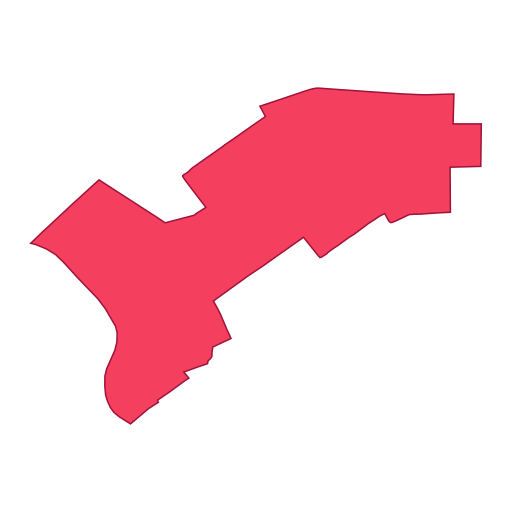 Curcani, Calarasi, Romania (Equal Earth projection)
{"feature_id": "2599482B73805615564390", "entity_name": "Curcani", "entity_type": "district", "adm_level": 2, "iso_a3": "ROU", "parent_name": "Romania", "parent_adm1": "Calarasi", "projection": "equal_earth", "projection_center": [26.604, 44.207], "detail": "fine", "context": "isolated", "style": "filled", "palette": "rose", "viewbox_px": 512, "rotation_deg": 0, "n_neighbors": 0, "source": "geoboundaries", "source_scale": "gbopen_adm2", "svg_char_len": 2036}
<svg xmlns="http://www.w3.org/2000/svg" viewBox="0 0 512 512"><path d="M130.5,423.9L139.6,416.2L148.7,408.5L158.4,402.3L157.5,400.2L170.5,391.3L174.5,388.3L182.2,382.7L185.5,380.3L188.9,378.1L183.8,372.0L198.0,366.9L207.5,363.7L207.9,361.6L208.1,360.8L209.9,359.2L210.9,358.1L211.8,356.6L212.0,355.5L212.0,352.1L212.6,348.6L212.8,347.0L231.0,338.5L229.9,335.9L226.8,329.3L223.1,320.5L220.5,314.3L217.6,308.6L213.4,301.0L221.1,295.4L243.4,279.3L248.2,275.8L263.5,265.6L273.0,258.8L303.5,237.3L317.3,254.6L319.6,257.2L319.9,257.5L321.1,257.4L326.6,253.9L328.0,252.4L332.1,249.3L335.4,247.1L338.6,245.1L339.7,244.2L349.4,237.1L351.2,236.1L354.6,233.9L361.0,229.1L368.5,223.5L375.3,219.1L379.5,216.2L384.7,213.6L388.1,219.8L389.2,221.5L389.7,222.0L390.6,222.5L391.3,222.6L391.9,222.5L395.2,221.2L401.7,218.2L408.3,215.0L409.2,214.7L410.2,214.5L415.2,214.2L421.0,214.1L428.6,213.5L439.4,212.8L450.4,212.3L450.2,181.2L450.1,167.2L480.8,166.4L481.3,123.9L453.1,123.9L453.3,116.7L453.6,105.4L453.9,94.0L439.7,94.4L425.5,94.8L418.0,94.6L402.0,93.9L371.2,91.8L335.1,89.3L318.7,88.1L316.0,88.2L313.2,88.7L310.3,89.4L301.6,92.2L290.7,95.9L259.9,106.2L265.4,116.5L242.9,132.2L236.0,137.1L230.4,141.0L224.7,144.8L223.5,145.9L202.2,160.9L201.8,161.2L200.2,162.3L196.6,164.9L192.4,167.8L190.2,169.8L189.3,171.0L187.8,172.1L186.0,173.4L183.9,174.6L182.7,175.6L182.6,176.1L182.9,176.9L185.5,180.7L196.9,195.7L205.9,207.4L197.6,212.6L195.6,213.9L194.4,215.2L165.1,222.8L157.7,217.8L114.2,189.7L99.1,179.9L98.7,180.1L97.4,181.3L95.6,183.0L93.9,184.5L89.4,188.6L87.0,190.8L84.1,193.4L77.9,199.1L75.1,201.6L71.3,205.1L68.4,207.8L56.3,219.1L50.3,224.7L44.8,229.8L43.0,231.4L38.4,235.9L30.7,243.3L32.8,243.8L35.7,244.5L46.3,248.9L50.9,251.7L55.5,254.5L63.2,261.9L77.1,277.2L89.2,289.8L97.7,298.6L105.6,309.1L111.0,318.5L115.6,326.4L117.2,333.2L116.8,342.5L114.8,350.4L106.7,368.7L104.9,376.0L104.8,386.1L105.6,395.1L107.5,401.2L110.3,407.4L113.9,412.4L119.5,417.0L121.8,418.4L123.8,419.7L130.5,423.9Z" fill="#f43f5e" stroke="#9f1239" stroke-width="1.5"/></svg>